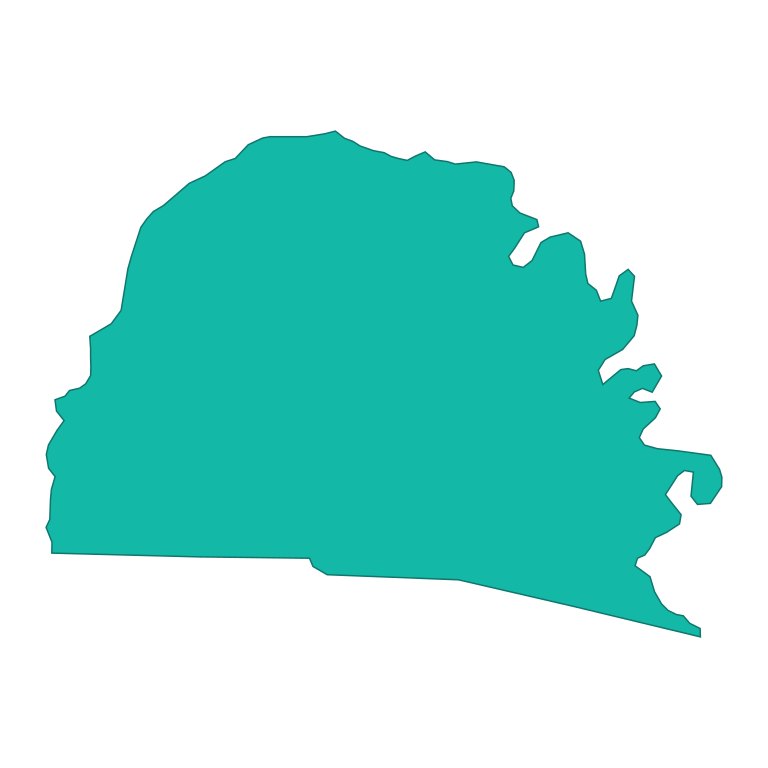 Ouvidor, Goiás, Brazil
{"feature_id": "56859067B74678386860853", "entity_name": "Ouvidor", "entity_type": "district", "adm_level": 2, "iso_a3": "BRA", "parent_name": "Brazil", "parent_adm1": "Goiás", "projection": "albers", "projection_center": [-47.713, -18.217], "detail": "fine", "context": "isolated", "style": "filled", "palette": "teal", "viewbox_px": 768, "rotation_deg": 0, "n_neighbors": 0, "source": "geoboundaries", "source_scale": "gbopen_adm2", "svg_char_len": 1921}
<svg xmlns="http://www.w3.org/2000/svg" viewBox="0 0 768 768"><path d="M710.8,455.3L677.6,450.8L657.4,448.7L644.4,445.1L639.3,437.6L643.2,429.0L655.4,417.8L660.2,408.9L655.1,401.4L640.3,402.5L629.1,398.1L634.2,392.0L642.5,388.4L652.2,392.2L661.6,376.0L654.4,363.9L643.2,365.8L636.4,370.8L628.1,368.6L620.8,369.6L602.8,384.5L598.3,370.3L605.1,359.5L622.7,349.4L634.2,335.7L636.9,325.2L637.9,315.2L631.5,301.1L634.5,276.3L628.1,269.4L619.2,275.9L614.7,289.0L611.3,298.4L600.6,301.1L596.4,290.3L587.9,283.5L585.7,274.1L584.5,254.1L580.6,241.2L568.1,232.8L550.1,237.1L541.0,242.5L532.1,260.5L523.3,267.4L513.0,265.0L508.6,256.4L514.5,248.4L524.5,232.8L538.6,226.8L536.9,219.6L519.9,213.0L512.3,205.8L510.8,198.3L513.8,190.9L514.2,180.4L511.1,172.4L504.2,166.8L476.4,161.9L455.3,164.1L447.4,161.6L434.7,159.9L425.2,151.9L415.6,156.0L407.2,160.4L398.4,158.5L391.1,156.4L384.2,152.7L373.2,150.6L360.1,146.0L352.9,141.4L344.5,138.3L335.4,131.1L324.2,133.9L306.8,136.7L291.4,136.7L270.0,136.7L262.7,138.0L248.3,144.7L235.2,158.5L225.3,161.7L205.4,175.8L189.3,183.3L163.4,205.6L153.4,211.5L146.9,218.8L140.9,227.2L131.3,256.7L127.9,268.8L121.1,310.4L111.2,323.8L89.8,336.3L90.6,348.7L90.6,357.2L90.9,367.2L90.6,375.6L85.7,383.8L79.6,388.2L69.5,390.5L65.0,396.2L55.0,399.8L56.5,411.1L64.1,420.6L57.0,430.4L48.5,444.9L46.3,454.5L48.6,468.3L55.1,476.6L51.4,489.4L50.5,499.2L49.8,519.4L46.1,527.4L52.0,542.2L51.8,553.1L200.2,556.9L210.5,557.0L309.5,558.2L313.0,566.5L327.2,574.7L458.4,579.8L561.9,603.7L575.2,606.8L700.4,636.9L700.1,628.5L689.7,623.3L683.3,615.8L676.3,614.5L668.0,610.4L661.6,604.0L654.6,591.9L650.0,576.7L635.1,565.8L637.5,558.2L644.8,555.0L649.7,548.5L655.4,537.6L666.5,532.4L679.5,523.9L681.1,514.7L670.3,501.1L665.4,494.6L671.9,484.6L677.6,475.7L684.4,470.5L693.4,472.1L691.0,496.2L697.5,504.4L710.4,503.4L721.6,486.7L721.9,477.3L719.5,469.3L710.8,455.3Z" fill="#14b8a6" stroke="#0f766e" stroke-width="1.5"/></svg>